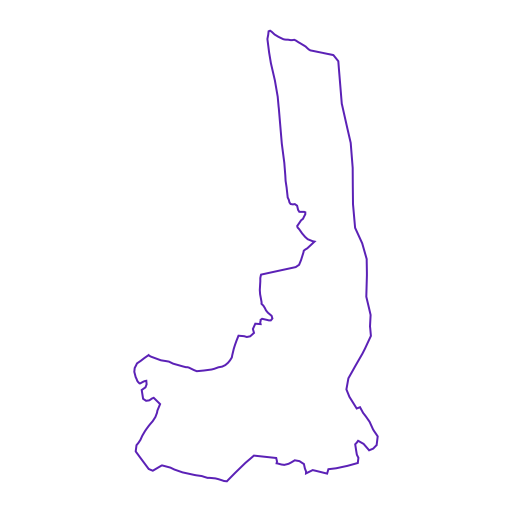 Biyalu, Kafr ash Shaykh, Egypt
{"feature_id": "37247803B81724678096325", "entity_name": "Biyalu", "entity_type": "district", "adm_level": 2, "iso_a3": "EGY", "parent_name": "Egypt", "parent_adm1": "Kafr ash Shaykh", "projection": "albers", "projection_center": [31.181, 31.319], "detail": "fine", "context": "isolated", "style": "outline", "palette": "violet", "viewbox_px": 512, "rotation_deg": 0, "n_neighbors": 0, "source": "geoboundaries", "source_scale": "gbopen_adm2", "svg_char_len": 3661}
<svg xmlns="http://www.w3.org/2000/svg" viewBox="0 0 512 512"><path d="M148.6,355.1L144.3,358.1L140.8,360.8L137.0,363.4L135.9,365.7L134.7,368.0L134.3,371.8L135.7,377.2L136.5,378.8L137.2,380.7L138.0,381.9L139.5,383.4L140.2,383.4L142.9,381.9L144.4,381.2L146.3,380.8L146.6,384.3L145.5,387.3L141.7,390.0L143.1,398.8L146.1,400.8L149.1,400.4L150.3,399.7L151.8,398.6L153.7,397.8L160.1,404.1L157.4,410.6L157.0,412.8L155.4,417.0L152.7,421.2L150.0,424.3L148.5,426.2L146.3,429.2L145.0,431.1L142.3,435.7L140.4,439.9L138.4,442.9L136.5,445.2L135.7,451.3L136.3,452.3L137.0,453.2L139.7,456.9L148.7,469.0L149.0,469.1L150.3,469.7L152.8,470.7L154.0,470.0L161.3,465.7L162.0,465.4L163.6,465.8L170.0,467.5L170.4,467.6L174.3,469.5L182.6,472.4L183.6,472.6L194.6,475.0L196.3,475.3L201.4,476.0L202.6,476.3L203.4,476.6L207.6,477.9L208.2,477.9L210.1,477.9L215.4,478.4L216.2,478.6L218.2,479.1L219.5,479.5L222.3,480.4L224.0,481.0L226.9,481.3L228.0,480.1L235.1,472.9L242.5,465.7L245.5,462.8L250.8,458.3L253.9,455.6L276.2,458.0L277.0,461.4L276.7,462.9L276.6,463.3L277.3,463.4L281.4,464.5L282.7,464.7L283.1,464.7L284.2,464.9L287.9,464.0L288.8,463.7L290.5,462.8L291.1,462.5L294.3,460.6L294.7,460.3L299.3,461.1L299.7,461.3L302.9,463.4L303.9,464.0L304.9,468.5L306.1,471.6L306.0,473.4L312.7,470.1L316.2,470.9L327.1,473.6L328.4,469.2L336.0,468.3L337.0,468.1L344.9,466.4L347.3,465.9L357.8,463.0L358.4,457.8L357.0,455.0L356.8,454.4L356.1,450.2L355.2,444.3L356.8,442.6L358.1,440.8L358.5,441.0L363.6,443.9L368.8,449.9L369.1,450.3L372.8,448.8L373.2,448.6L376.2,445.5L376.6,445.2L377.0,442.1L377.7,436.4L376.1,434.0L373.9,430.8L373.0,429.3L369.6,421.8L365.9,416.5L363.1,412.9L360.0,407.2L356.7,408.5L349.7,397.3L349.4,396.8L346.4,389.4L348.4,378.3L352.8,370.5L355.2,366.2L359.8,358.2L362.4,353.7L365.0,348.6L370.9,335.9L370.2,328.0L370.0,326.5L370.3,320.7L370.6,315.0L369.2,308.9L366.3,296.7L366.9,275.5L366.9,272.8L366.7,260.6L366.7,259.1L362.2,243.3L355.1,227.8L353.3,207.5L353.0,204.2L352.8,185.6L352.7,169.3L352.7,168.0L350.7,142.9L347.2,127.7L342.0,104.6L341.8,104.0L339.6,77.3L338.9,68.8L338.3,61.2L333.4,55.1L312.5,50.8L310.4,50.4L309.0,49.6L307.9,48.7L306.0,46.9L305.6,46.5L299.3,42.7L298.7,42.4L295.8,40.5L294.3,39.8L292.4,40.1L290.5,40.1L288.2,39.7L285.2,39.6L283.3,39.2L278.4,36.8L274.6,34.5L271.6,31.7L270.1,30.7L268.6,31.3L268.2,34.8L267.4,39.0L269.1,52.4L270.9,63.2L274.9,80.5L277.7,96.7L278.6,106.6L278.8,108.2L281.8,143.6L284.3,162.8L285.3,175.5L285.6,180.9L286.6,187.5L287.7,197.5L288.8,199.8L289.5,202.5L290.6,204.0L292.9,204.4L294.8,204.1L297.1,205.7L298.1,209.9L299.3,211.8L301.5,211.9L304.2,211.9L305.3,212.3L305.3,214.2L304.1,216.5L303.0,218.8L301.1,220.3L298.8,223.7L297.2,226.0L297.6,227.5L299.1,229.1L302.1,233.4L305.1,236.9L307.7,239.2L312.6,241.2L314.5,241.6L307.2,248.4L305.3,249.5L303.8,250.7L303.4,252.6L301.0,260.2L299.3,264.3L299.1,264.8L295.7,267.1L278.1,270.9L261.1,274.6L260.8,275.6L260.3,278.1L260.3,279.2L260.3,281.5L259.8,290.0L260.1,294.2L261.6,302.3L261.5,303.8L263.4,305.7L264.9,308.1L266.0,310.4L267.9,312.7L271.6,315.8L272.1,317.5L272.4,318.5L270.8,320.4L270.5,320.4L268.9,320.4L267.4,320.0L262.1,318.8L260.6,319.9L260.6,321.1L260.2,322.2L260.6,324.1L255.3,323.7L252.9,329.0L254.0,332.9L250.2,336.3L246.8,337.0L244.2,336.2L238.5,335.7L236.5,340.7L235.0,344.9L233.8,348.7L232.6,353.7L232.3,354.9L231.8,357.5L230.3,359.9L229.9,360.5L228.0,362.8L225.3,365.1L222.2,366.6L218.4,367.3L214.3,368.8L211.6,369.5L204.0,370.5L196.8,371.2L194.5,370.3L193.8,370.0L188.9,367.6L187.4,367.2L185.9,367.2L182.8,366.4L177.2,364.8L175.7,364.4L173.0,363.6L168.9,361.6L166.6,361.2L160.9,360.3L151.1,356.7L148.8,355.5L148.6,355.1Z" fill="none" stroke="#5b21b6" stroke-width="2"/></svg>